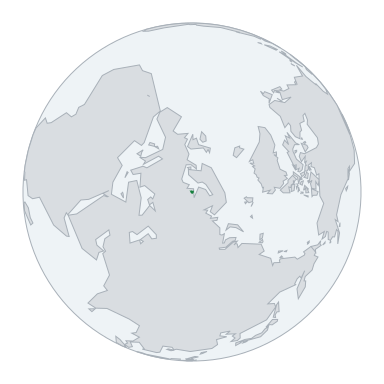 globe centered on Järva, rotated 103°
{"feature_id": "EST-1656", "entity_name": "Järva", "entity_type": "County", "adm_level": 1, "iso_a3": "EST", "parent_name": "Estonia", "parent_adm1": "", "projection": "orthographic", "projection_center": [25.661, 58.953], "detail": "fine", "context": "on_globe", "style": "filled", "palette": "green", "viewbox_px": 384, "rotation_deg": 103, "n_neighbors": 0, "source": "natural_earth", "source_scale": "10m", "svg_char_len": 11228}
<svg xmlns="http://www.w3.org/2000/svg" viewBox="0 0 384 384"><g transform="rotate(103 192 192)"><circle cx="192" cy="192" r="169" fill="#eef3f6" stroke="#a8b0b8"/><path d="M74.4,70.6L75.7,69.5L100.5,51.2L82.4,63.4L89.0,58.1L97.3,52.3L96.3,53.2L106.7,47.6L114.8,43.4L127.7,40.0L136.3,43.2L131.5,44.4L134.1,45.3L140.3,43.9L143.7,42.9L161.1,46.3L181.7,46.0L188.0,43.0L186.7,46.2L198.7,39.0L209.8,38.3L197.3,41.0L196.1,42.7L203.7,43.0L204.0,44.9L207.9,46.2L207.6,48.6L200.4,50.3L200.1,51.9L205.4,52.0L208.6,54.7L200.7,54.2L205.4,58.9L194.1,63.2L173.4,61.1L167.1,66.5L145.7,72.5L147.6,74.3L140.8,78.2L140.4,81.8L136.6,82.2L139.7,84.8L143.3,83.8L145.8,84.7L146.0,86.9L141.1,87.6L140.3,86.6L138.9,88.0L136.4,87.5L137.7,88.9L131.7,89.7L137.8,92.2L133.2,95.5L129.2,95.2L129.4,91.0L120.8,80.8L116.8,79.6L110.9,82.0L100.1,95.0L95.8,95.7L90.0,99.7L92.5,101.1L97.8,98.6L100.9,102.4L107.2,99.1L109.3,100.3L115.8,98.8L114.9,103.7L110.6,109.3L105.2,110.9L103.1,113.5L108.4,116.0L98.4,123.0L92.1,135.1L89.5,136.6L84.2,132.0L84.0,121.7L77.2,116.8L81.7,124.8L75.1,128.8L74.1,131.6L74.5,134.4L77.0,134.8L74.8,137.4L69.6,130.1L71.5,127.7L73.1,129.9L73.0,125.2L69.4,120.9L66.3,123.5L64.1,114.9L61.9,116.8L60.2,116.1L63.8,113.6L57.2,118.1L54.1,110.4L45.1,118.7L53.9,106.9L56.9,101.0L59.9,94.8L58.4,96.0L64.3,86.9L66.2,81.9L61.8,84.8L55.7,92.2L49.6,101.5L50.2,101.7L47.0,108.0L44.2,110.2L38.0,123.4L35.8,127.6L41.6,115.0L48.4,103.0L56.2,91.5L64.9,80.7L74.4,70.6ZM31.8,138.3L31.3,139.9L28.9,147.9L29.0,149.2L28.4,155.0L26.5,160.0L27.6,159.8L26.3,166.5L26.1,181.9L25.7,181.8L25.3,201.0L27.8,218.1L28.4,225.3L27.8,225.8L29.4,231.6L29.4,233.2L38.3,256.0L45.0,270.4L46.3,275.4L43.6,272.8L44.1,273.7L38.7,263.0L34.0,251.9L30.1,240.4L27.1,228.8L24.9,217.0L23.5,205.0L23.0,193.0L23.4,180.9L24.6,169.0L26.7,157.1L29.6,145.4L29.7,145.1L30.6,142.1L31.8,138.3ZM42.8,120.5L35.8,138.6L37.4,130.8L37.6,131.7L39.8,126.5L43.2,118.4L45.3,112.2L42.8,120.5ZM45.1,122.8L46.1,120.1L45.4,122.5L45.1,122.8ZM145.2,42.2L140.4,43.8L134.6,44.4L138.6,42.8L145.2,42.2ZM156.1,42.0L154.0,43.1L151.3,41.6L153.3,41.4L156.1,42.0ZM192.5,40.7L188.5,40.9L192.3,40.1L192.5,40.7ZM208.5,46.0L209.5,45.4L211.0,46.3L208.5,46.0ZM115.8,96.3L115.8,97.5L114.6,97.2L115.8,96.3ZM118.6,94.6L117.3,93.2L118.4,92.2L119.2,93.1L118.6,94.6ZM212.1,50.9L214.3,52.8L210.8,51.1L212.1,50.9ZM120.0,96.5L120.6,90.6L122.6,88.9L127.4,90.7L120.0,96.5ZM214.8,54.1L220.2,58.9L222.9,57.9L218.3,63.8L215.2,57.6L210.5,55.6L213.9,55.6L214.8,54.1ZM144.4,82.6L140.5,83.8L143.6,80.9L144.4,82.6ZM145.7,80.6L151.4,70.9L157.2,70.5L154.1,73.7L161.4,71.8L161.4,76.3L157.3,78.4L153.6,77.7L156.5,80.0L145.7,80.6ZM214.8,66.5L215.0,68.0L213.4,66.8L214.8,66.5ZM147.1,84.9L147.7,82.9L152.8,82.4L152.4,86.3L150.9,85.2L147.1,84.9ZM163.3,69.2L167.0,69.6L168.0,73.3L169.5,74.0L161.9,76.4L163.3,69.2ZM149.8,86.4L152.1,88.3L149.8,90.5L146.8,86.8L149.8,86.4ZM154.2,80.6L156.6,80.6L155.2,81.8L154.2,80.6ZM143.2,99.9L143.8,97.4L146.5,96.8L143.2,99.9ZM153.1,88.9L153.8,88.1L154.9,87.6L155.9,89.4L153.1,88.9ZM163.1,78.9L162.7,80.5L166.3,78.1L167.2,80.9L161.9,82.1L164.5,82.8L164.8,83.7L160.2,83.7L163.1,78.9ZM160.3,89.8L153.9,92.5L152.1,97.2L149.6,97.8L153.0,90.1L160.3,89.8ZM160.6,86.2L159.9,88.5L157.2,87.9L156.1,86.0L160.6,86.2ZM169.7,82.5L169.7,77.9L170.8,77.8L169.7,82.5ZM160.3,91.3L161.8,90.6L160.5,91.7L160.3,91.3ZM167.4,85.3L167.2,83.6L168.5,83.6L167.4,85.3ZM165.1,90.8L163.0,91.6L162.2,90.2L165.1,90.8ZM166.5,88.3L168.4,88.7L163.1,89.3L166.3,87.6L166.5,88.3ZM168.6,85.5L169.4,85.0L168.5,86.2L168.6,85.5ZM169.3,95.5L162.9,96.6L161.1,93.5L167.6,92.9L169.3,95.5ZM171.7,359.7L164.7,358.4L152.8,351.5L157.6,348.6L156.1,344.8L143.0,332.2L145.9,326.4L142.3,322.6L135.0,321.4L130.9,316.5L126.5,315.0L98.7,305.6L90.2,295.8L80.0,271.8L84.9,267.5L85.8,258.3L120.2,241.1L127.5,246.5L154.6,249.7L158.0,251.7L154.9,259.6L175.3,272.3L181.8,266.0L200.2,271.3L212.4,270.0L216.7,254.2L196.7,256.0L193.2,248.4L209.1,240.2L226.6,238.4L225.8,235.4L214.7,230.2L218.7,223.5L210.9,227.8L214.1,230.6L209.3,233.5L206.1,231.1L207.6,228.7L202.3,227.8L196.4,239.6L199.0,243.8L185.2,246.0L188.2,253.3L184.5,256.6L177.9,245.5L178.6,241.4L166.4,228.2L164.6,232.6L175.9,245.5L172.3,244.3L169.9,250.9L169.0,245.0L157.1,230.1L144.6,230.1L128.8,242.6L121.5,241.3L115.3,235.1L121.1,219.2L136.8,224.1L139.0,219.0L135.8,209.1L140.8,211.6L141.5,208.3L147.4,209.7L155.7,203.5L161.7,204.0L165.0,194.0L168.5,192.9L165.6,199.1L166.8,203.8L181.7,204.9L184.6,202.8L185.5,196.3L189.5,197.7L188.5,191.2L197.1,188.7L185.7,186.6L186.5,179.3L191.7,173.9L189.9,171.2L181.5,180.2L180.0,184.2L181.9,188.2L176.0,199.2L170.9,200.6L169.3,187.9L161.9,188.5L164.0,178.7L185.4,159.8L194.4,156.2L209.2,165.0L207.1,169.8L200.8,168.9L206.7,176.3L206.2,172.6L209.5,173.8L211.1,167.5L213.5,168.1L210.9,161.2L214.0,161.3L215.6,165.6L220.7,156.8L227.2,155.3L227.2,153.1L225.3,151.1L234.9,150.7L234.4,149.1L231.1,148.6L228.1,145.1L226.4,138.9L229.8,139.1L230.9,141.4L238.2,146.6L240.5,152.9L241.7,152.3L240.5,147.0L231.6,140.5L229.6,136.8L234.2,139.2L232.4,138.0L232.5,136.2L235.8,134.7L230.9,131.8L227.3,112.9L233.3,108.4L237.8,112.5L238.9,100.4L245.5,96.9L242.5,96.3L240.9,90.5L238.8,91.5L237.2,90.8L232.3,77.1L233.8,74.3L228.2,68.3L226.6,68.1L225.2,69.8L218.3,63.8L222.9,57.9L226.3,58.6L227.0,54.6L234.5,57.0L241.0,57.4L248.9,62.7L253.4,62.8L253.1,61.2L259.0,60.3L272.1,64.4L262.7,67.9L243.3,64.5L251.3,66.3L249.8,68.0L252.9,70.0L258.5,71.3L259.0,70.1L269.8,84.0L284.0,93.0L282.1,86.6L285.2,84.6L299.8,90.6L319.1,113.4L323.4,112.2L326.5,114.4L328.9,120.3L324.6,117.2L323.3,120.3L320.4,117.8L322.9,126.7L318.9,123.5L322.8,132.3L325.9,132.5L325.2,125.6L330.3,134.9L334.9,132.8L340.0,137.4L347.8,157.7L348.7,171.7L349.8,174.1L347.8,176.5L348.7,185.7L355.3,187.3L356.4,190.3L356.3,205.1L355.6,203.2L350.3,209.6L352.0,218.4L356.1,215.3L357.6,218.7L355.6,223.4L353.7,220.8L351.8,222.9L350.5,216.0L345.3,210.6L343.1,218.9L341.5,214.8L334.1,213.1L329.9,224.7L324.6,248.6L326.8,259.6L323.6,268.4L312.5,261.3L307.0,252.3L303.3,256.9L291.5,253.7L272.1,265.1L269.1,262.9L265.4,266.4L257.1,266.4L252.5,262.2L247.6,264.5L260.0,275.2L265.2,272.7L269.3,264.8L271.8,269.1L279.7,269.8L271.7,286.4L242.5,307.4L239.3,299.4L215.3,277.2L215.8,273.8L215.7,273.4L215.4,272.8L213.5,278.5L209.3,273.3L222.4,291.0L224.8,298.5L242.1,308.0L240.5,309.8L246.0,310.8L263.0,301.7L263.2,304.4L255.3,319.4L231.4,339.4L234.4,345.8L232.4,350.9L217.2,356.0L218.2,357.8L210.3,359.3L209.6,359.9L203.5,360.6L187.6,360.9L171.7,359.7ZM108.5,254.7L107.6,257.4L108.5,254.7ZM245.5,244.0L255.7,240.9L250.5,232.3L254.0,230.4L251.0,228.3L250.1,231.7L242.5,225.3L246.7,220.6L245.1,216.3L241.6,217.2L235.1,227.0L245.9,236.0L243.9,241.1L245.5,244.0ZM26.2,182.3L26.0,185.2L25.8,182.7L26.2,182.3ZM36.4,131.5L35.5,134.6L34.6,136.9L35.1,134.8L36.4,131.5ZM32.0,157.7L31.6,161.7L31.5,158.3L32.0,157.7ZM35.0,141.4L32.3,154.7L32.2,148.7L34.1,140.4L33.5,145.0L35.0,141.4ZM43.0,123.8L42.1,126.0L41.5,126.2L43.0,123.8ZM44.6,124.6L44.7,123.9L45.6,122.4L44.6,124.6ZM75.5,129.2L75.8,129.9L75.7,132.9L74.6,131.9L75.5,129.2ZM82.0,144.3L78.3,148.0L80.2,144.6L77.9,143.8L79.1,135.7L88.3,136.9L83.9,137.7L82.0,144.3ZM83.3,125.6L81.5,130.3L83.1,125.1L83.3,125.6ZM139.1,189.7L141.1,192.7L138.8,196.1L131.1,196.2L134.4,191.2L139.1,189.7ZM144.4,196.2L145.1,184.0L149.8,183.7L147.0,185.9L150.1,186.9L146.5,190.8L150.4,202.7L148.7,206.6L135.5,204.2L140.8,202.8L138.5,199.8L144.4,196.2ZM138.2,155.7L138.6,151.1L148.5,156.3L147.0,160.1L139.3,160.2L136.5,155.9L138.2,155.7ZM128.4,101.0L127.8,99.4L129.2,99.1L130.8,100.3L128.4,101.0ZM143.3,98.8L132.0,108.2L130.9,106.7L125.7,114.3L120.6,113.5L124.1,108.5L116.3,113.7L117.5,108.9L112.5,112.9L120.9,102.0L121.7,98.0L122.8,102.7L127.4,103.5L129.7,102.7L136.5,97.6L140.4,89.9L145.6,89.7L148.3,91.7L148.1,93.5L144.8,93.0L147.0,95.8L142.1,96.5L143.3,98.8ZM176.5,118.2L172.6,116.2L176.3,123.2L171.4,123.4L172.1,124.2L168.5,126.4L165.5,130.5L163.3,129.9L163.0,131.8L160.7,133.4L159.6,135.8L155.2,135.7L153.6,138.7L152.5,136.9L150.8,142.2L150.1,138.3L146.9,140.1L149.3,143.0L128.2,137.7L119.9,138.9L113.3,142.3L112.9,135.4L118.8,128.1L127.6,121.8L135.6,121.7L134.0,118.8L137.3,117.9L137.2,120.6L139.4,116.0L142.1,116.1L150.0,111.3L151.4,104.9L154.3,103.1L155.1,105.6L157.4,102.1L160.9,105.7L163.1,104.6L168.6,107.1L168.9,112.9L171.3,111.2L175.7,113.2L176.5,118.2ZM170.8,96.4L172.3,102.9L170.3,106.4L161.4,100.5L159.0,101.1L153.2,97.7L156.2,92.9L157.6,94.3L159.6,94.5L157.9,95.9L160.8,95.0L162.8,96.9L165.6,96.7L165.3,98.8L170.8,96.4ZM161.9,249.1L164.5,249.9L168.6,250.0L167.1,254.2L161.9,249.1ZM153.6,239.2L156.0,239.0L155.9,244.8L153.2,244.1L153.6,239.2ZM157.4,234.2L156.1,238.6L155.2,235.8L157.4,234.2ZM167.8,198.7L170.3,198.2L170.6,199.8L169.1,201.9L167.8,198.7ZM186.3,139.8L184.4,137.9L185.2,137.0L184.0,131.4L187.6,130.9L189.7,134.1L186.3,139.8ZM213.3,257.4L209.7,260.8L207.9,259.5L209.5,258.6L213.3,257.4ZM187.3,258.6L193.2,260.6L186.8,259.8L187.3,258.6ZM190.0,138.4L189.1,136.0L191.4,137.3L190.0,138.4ZM190.1,130.3L192.9,131.2L187.9,130.2L190.1,130.3ZM260.4,341.7L248.0,350.9L240.3,353.3L239.3,352.6L244.2,347.9L253.4,343.8L258.0,340.0L260.4,341.7ZM357.6,225.5L355.6,231.9L349.7,233.8L351.9,229.0L357.4,221.5L357.1,223.7L358.4,220.6L357.6,225.5ZM360.1,209.4L360.0,210.2L359.8,208.3L359.9,204.1L360.4,200.5L359.7,177.8L359.9,174.9L360.6,182.9L360.7,182.4L360.9,195.9L360.1,209.4ZM327.5,260.0L331.1,262.6L329.1,266.2L327.5,260.0ZM357.7,166.0L359.1,175.5L357.3,165.3L357.7,166.0ZM355.6,158.2L356.4,159.8L355.8,160.3L355.6,158.2ZM351.4,176.8L351.0,181.1L350.2,179.8L350.1,173.6L351.4,176.8ZM344.0,141.5L347.0,145.4L348.1,147.5L346.4,146.9L344.0,141.5ZM219.2,132.8L216.8,141.0L217.4,147.0L221.5,150.3L214.7,149.4L213.7,140.1L219.2,132.8ZM225.9,115.3L222.4,112.6L224.5,111.6L225.7,112.1L225.9,115.3ZM223.3,115.2L217.8,116.2L216.2,113.3L220.9,113.1L223.3,115.2ZM203.9,127.1L202.9,129.5L201.1,128.4L203.9,127.1ZM357.8,159.2L357.8,160.3L358.6,165.4L356.1,153.1L356.6,154.0L357.5,157.9L357.8,159.2ZM356.5,155.8L357.4,160.6L355.9,154.2L356.5,155.8ZM357.1,160.5L356.4,158.7L356.1,156.1L357.1,160.5ZM356.2,154.0L354.6,149.6L355.2,150.3L356.2,154.0ZM354.3,155.0L355.2,152.4L355.4,159.0L351.6,152.2L351.2,148.6L354.3,155.0ZM327.7,108.6L325.7,107.6L324.2,104.1L326.0,105.8L327.7,108.6ZM317.6,92.6L323.2,102.9L327.3,111.7L327.7,110.3L331.8,114.9L329.2,115.4L323.7,107.1L321.2,101.0L317.4,97.8L313.5,92.3L309.1,90.2L306.2,87.3L309.5,87.4L317.6,92.6ZM307.2,89.6L298.1,84.9L296.9,79.9L298.7,79.8L303.4,84.0L303.7,86.4L307.2,89.6ZM295.5,82.3L295.7,84.7L282.7,84.2L279.7,82.9L289.0,80.2L289.7,82.3L293.1,83.4L295.5,82.3ZM216.8,67.8L215.2,68.0L216.0,66.9L216.8,67.8ZM236.1,91.5L234.1,90.4L235.1,89.0L236.1,91.5ZM229.0,86.6L229.3,89.0L227.6,86.4L229.0,86.6ZM230.1,94.4L228.7,89.9L232.0,94.3L230.1,94.4Z" fill="#d9dde1" stroke="#a8b0b8" stroke-width="1"/><path d="M192.2,192.8L191.9,192.9L191.8,193.0L191.8,192.9L191.7,193.0L191.4,192.9L191.4,192.7L191.3,192.4L191.4,192.2L191.5,192.1L191.4,192.0L191.4,191.9L191.5,191.9L191.6,191.7L191.7,191.4L191.8,191.3L191.8,191.2L191.7,191.1L191.8,191.1L192.0,191.1L192.3,191.0L192.5,191.2L192.4,191.3L192.5,191.3L192.5,191.5L192.4,191.6L192.5,191.7L192.6,191.8L192.7,192.0L192.8,192.0L192.7,192.2L192.7,192.3L192.5,192.5L192.4,192.5L192.2,192.7L192.2,192.8Z" fill="#22c55e" stroke="#15803d" stroke-width="1.5"/></g></svg>